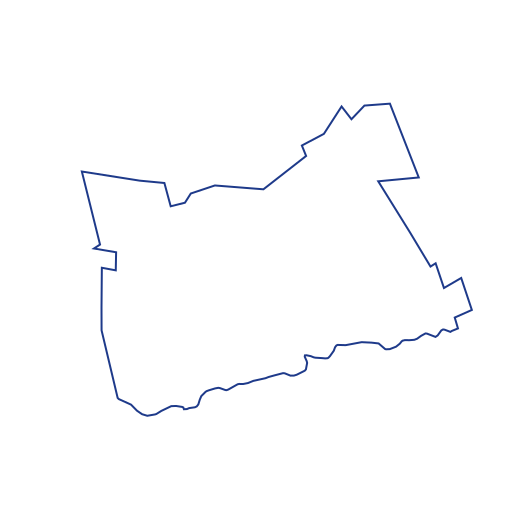 Sullivan, New Hampshire, United States of America (Mercator projection), rotated 247°
{"feature_id": "52423323B69622605067069", "entity_name": "Sullivan", "entity_type": "district", "adm_level": 2, "iso_a3": "USA", "parent_name": "United States of America", "parent_adm1": "New Hampshire", "projection": "mercator", "projection_center": [-72.337, 43.365], "detail": "fine", "context": "isolated", "style": "outline", "palette": "blue", "viewbox_px": 512, "rotation_deg": 247, "n_neighbors": 0, "source": "geoboundaries", "source_scale": "gbopen_adm2", "svg_char_len": 1645}
<svg xmlns="http://www.w3.org/2000/svg" viewBox="0 0 512 512"><g transform="rotate(247 256 256)"><path d="M179.4,73.2L177.9,73.8L168.0,82.9L160.1,86.0L154.9,89.3L151.4,93.5L149.6,101.2L149.5,102.5L150.4,108.4L150.9,119.3L149.2,123.8L145.9,129.1L145.0,129.9L143.1,129.8L142.1,132.6L142.1,135.1L140.6,140.7L140.7,142.7L141.9,144.9L145.7,148.1L148.4,150.9L150.6,156.3L150.9,157.6L150.8,160.0L150.1,166.6L149.4,169.8L148.5,171.2L144.6,175.4L144.0,176.5L143.9,178.3L145.1,189.0L144.8,190.5L143.2,194.1L142.2,198.9L142.1,204.8L141.8,206.3L139.8,217.0L139.7,220.3L138.9,226.3L137.6,235.1L136.8,236.6L132.4,241.0L131.1,244.2L130.8,247.0L131.3,255.3L131.5,256.5L132.2,257.7L137.6,261.3L139.5,261.6L144.2,261.5L145.4,262.2L144.9,263.7L142.4,267.3L140.2,269.5L139.2,270.9L136.1,277.1L134.7,279.7L134.0,281.8L134.0,282.8L134.9,284.9L138.4,290.6L141.1,293.1L142.2,295.0L142.3,296.3L138.9,303.7L135.4,319.6L131.1,328.5L127.6,334.7L119.9,338.5L119.3,339.3L118.0,342.8L117.8,349.5L119.1,354.1L120.5,356.7L120.8,357.9L120.7,358.2L120.4,360.2L118.6,364.2L117.0,369.0L116.9,372.0L118.0,376.8L118.5,381.7L117.8,383.0L111.4,389.6L111.9,392.2L115.1,397.5L115.3,399.5L114.5,400.8L110.2,405.3L110.5,406.9L110.4,413.6L121.7,414.9L122.0,433.6L155.6,436.3L153.1,416.5L179.1,418.5L178.1,412.5L217.3,407.0L277.0,397.7L264.7,436.5L343.9,438.8L352.1,414.6L344.6,397.3L360.2,393.2L341.9,366.2L339.8,341.4L328.5,341.2L314.5,288.9L321.0,276.4L337.0,245.7L339.0,220.4L332.8,211.4L335.1,196.9L359.0,200.2L370.8,178.4L401.8,128.7L327.5,116.9L326.2,109.8L314.1,128.7L297.6,121.3L305.4,109.5L268.8,93.6L247.9,84.8L179.4,73.2Z" fill="none" stroke="#1e3a8a" stroke-width="2"/></g></svg>